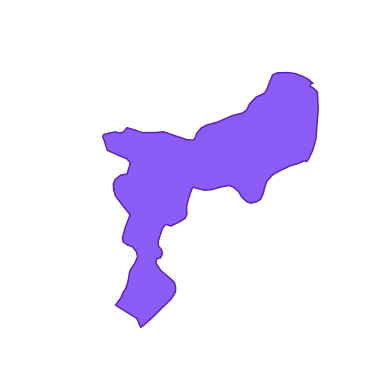 SVG path tracing the border of Valandovo, rotated 108°
{"feature_id": "MKD-2994", "entity_name": "Valandovo", "entity_type": "Statistical Region", "adm_level": 1, "iso_a3": "MKD", "parent_name": "North Macedonia", "parent_adm1": "", "projection": "equal_earth", "projection_center": [22.539, 41.331], "detail": "fine", "context": "isolated", "style": "filled", "palette": "violet", "viewbox_px": 384, "rotation_deg": 108, "n_neighbors": 0, "source": "natural_earth", "source_scale": "10m", "svg_char_len": 1751}
<svg xmlns="http://www.w3.org/2000/svg" viewBox="0 0 384 384"><g transform="rotate(108 192 192)"><path d="M336.5,199.1L329.3,205.4L323.2,229.8L322.8,229.7L321.8,229.3L314.2,226.8L309.2,226.5L304.1,225.2L298.1,225.2L293.5,225.6L288.7,226.5L285.1,226.5L277.2,224.3L270.5,223.7L265.9,226.5L262.3,232.2L262.3,237.2L260.6,242.2L256.8,244.1L246.6,244.5L232.9,243.8L229.9,248.2L224.9,255.8L219.3,263.7L213.6,267.4L208.5,269.3L207.2,269.2L204.0,269.0L197.8,264.9L196.5,262.1L194.8,259.3L183.3,259.6L180.4,264.6L180.1,270.3L179.0,280.7L178.5,285.4L174.1,288.6L170.1,291.4L167.2,293.9L166.3,293.9L164.8,293.9L161.4,288.6L158.4,283.2L158.4,279.1L156.2,275.7L151.0,273.8L150.7,266.8L151.0,258.0L146.9,245.4L143.5,237.8L143.8,220.8L143.8,212.9L142.3,207.0L139.9,205.7L135.1,205.7L128.1,202.9L123.6,198.5L117.6,189.3L107.0,177.4L101.7,168.9L97.4,165.4L90.4,164.5L82.0,160.4L75.5,153.5L70.5,152.5L64.7,152.2L55.8,151.6L55.4,151.1L52.2,147.5L48.6,137.1L47.5,130.2L47.9,121.7L49.1,115.7L51.2,110.8L52.0,112.3L54.9,112.3L55.8,108.2L58.3,103.6L74.4,97.5L86.6,94.6L103.5,90.5L115.4,90.1L124.2,91.3L127.6,92.3L127.4,94.6L131.7,99.5L137.4,107.4L144.3,114.7L150.5,120.5L158.7,124.2L166.6,124.2L171.6,123.8L177.8,124.6L181.3,127.5L184.4,132.4L184.4,136.5L181.9,142.3L176.9,148.4L174.4,155.0L174.4,158.7L177.8,165.3L183.5,173.9L186.4,180.1L187.0,188.7L187.2,192.8L192.0,193.2L200.4,193.2L207.0,192.8L211.7,191.2L214.5,190.0L219.0,190.4L224.0,194.5L230.9,201.5L230.9,207.2L235.9,208.9L243.4,208.9L249.4,208.9L253.8,207.2L256.3,203.1L259.8,201.1L264.2,201.5L266.4,204.8L269.8,204.8L271.7,203.1L276.1,197.8L279.9,188.7L283.3,180.9L288.0,178.0L292.4,176.8L300.3,178.8L311.3,184.6L324.1,191.2L334.5,197.3L336.5,199.1Z" fill="#8b5cf6" stroke="#5b21b6" stroke-width="1.5"/></g></svg>